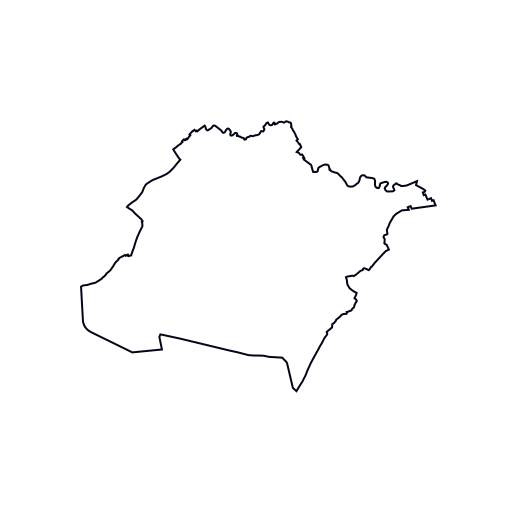 In Buri, Sing Buri, Thailand (Mercator projection), rotated 157°
{"feature_id": "78962969B87157930386242", "entity_name": "In Buri", "entity_type": "district", "adm_level": 2, "iso_a3": "THA", "parent_name": "Thailand", "parent_adm1": "Sing Buri", "projection": "mercator", "projection_center": [100.326, 15.029], "detail": "fine", "context": "isolated", "style": "outline", "palette": "ink", "viewbox_px": 512, "rotation_deg": 157, "n_neighbors": 0, "source": "geoboundaries", "source_scale": "gbopen_adm2", "svg_char_len": 6065}
<svg xmlns="http://www.w3.org/2000/svg" viewBox="0 0 512 512"><g transform="rotate(157 256 256)"><path d="M379.1,206.7L376.6,219.2L374.6,221.2L358.4,209.8L317.7,179.6L310.9,174.8L301.5,167.6L297.4,165.5L289.7,162.1L287.6,161.0L283.5,158.1L271.6,152.2L270.0,148.1L269.4,146.4L269.3,145.2L273.6,120.2L271.6,115.8L265.6,120.1L262.2,122.4L259.9,124.4L257.2,126.6L253.1,130.8L249.3,134.2L248.5,135.1L243.7,139.0L234.9,145.9L232.2,148.1L229.5,150.0L227.1,152.0L226.5,152.6L224.5,154.1L222.1,155.4L221.6,155.7L220.9,156.4L220.6,157.0L220.7,158.3L220.6,158.5L213.9,160.5L212.4,163.5L212.1,163.5L210.0,163.9L209.3,164.5L208.1,164.9L207.1,166.0L202.1,167.4L200.5,168.3L198.9,168.5L197.0,168.1L195.4,167.4L195.1,167.5L194.8,167.8L194.5,168.4L194.4,169.0L193.2,168.7L191.6,168.8L189.9,168.6L189.2,168.8L187.8,169.9L186.4,170.3L185.6,170.7L184.4,172.5L183.2,173.4L182.3,174.3L181.4,174.6L181.0,175.0L180.7,175.4L180.7,175.8L181.0,176.7L181.2,177.7L181.8,178.4L181.7,178.9L179.9,180.3L179.0,181.2L177.8,182.7L179.5,184.8L180.9,186.9L182.3,189.5L182.6,190.6L182.9,193.2L182.9,194.7L181.8,198.3L181.4,201.4L179.4,201.3L176.8,200.6L175.2,200.3L174.6,200.0L174.0,199.3L171.0,199.8L165.7,201.5L163.3,201.4L162.9,201.6L162.4,202.4L161.7,202.6L160.8,202.2L159.3,200.7L157.9,199.0L157.7,198.9L155.6,200.0L154.6,200.9L153.5,201.0L149.4,203.3L138.0,208.4L134.6,209.8L131.2,210.0L131.3,215.0L131.8,215.8L132.6,216.7L132.9,217.5L132.8,217.8L132.2,218.4L131.9,219.4L131.0,221.0L131.2,223.4L131.1,223.8L129.8,225.0L127.0,224.7L126.6,224.8L126.2,225.6L125.7,227.8L125.1,229.3L122.9,231.1L120.0,234.1L115.6,237.4L113.9,238.7L110.6,240.0L103.9,241.0L97.3,238.8L97.3,241.6L94.2,241.5L94.2,238.7L70.9,232.4L70.8,238.0L72.4,238.0L72.3,240.8L76.1,240.9L76.1,243.8L76.1,246.4L77.8,246.5L77.6,249.3L75.6,249.2L74.6,250.1L76.1,252.6L81.0,258.7L78.6,262.0L88.4,262.0L90.0,262.1L92.1,262.6L94.6,263.5L95.1,263.8L96.1,265.3L96.8,265.8L97.5,266.5L98.1,267.4L98.2,268.0L98.4,268.1L101.4,267.4L102.3,267.0L102.8,266.1L102.9,265.2L102.8,263.2L103.0,262.4L104.2,262.1L105.2,262.2L109.5,263.9L110.3,264.4L111.1,266.2L111.1,267.9L110.6,268.5L110.1,268.9L107.8,269.8L106.5,270.7L106.2,271.0L106.0,271.6L106.2,272.4L106.6,272.9L107.4,273.5L108.3,273.8L110.1,274.0L113.0,274.2L113.4,274.0L114.9,271.9L116.1,270.8L116.5,270.7L116.9,270.7L118.1,271.4L118.8,272.7L118.9,274.0L118.5,275.6L117.1,278.5L116.9,280.3L117.0,280.9L117.2,281.2L118.8,282.5L123.5,285.2L123.9,285.9L124.5,287.6L125.3,288.2L126.2,288.6L126.7,288.7L127.5,288.7L128.6,288.3L129.8,287.3L131.0,285.5L132.2,284.2L133.4,283.4L135.4,283.0L136.8,282.5L139.1,282.2L140.3,282.3L142.1,283.0L143.8,284.2L144.2,284.7L144.4,285.4L144.9,290.0L145.7,292.5L146.1,294.5L147.2,296.7L147.9,298.8L148.6,300.3L149.0,300.8L150.9,302.1L151.7,303.0L153.0,304.0L153.9,305.3L154.1,306.0L154.0,306.4L154.6,306.5L154.0,309.1L153.9,310.7L154.0,311.4L154.5,312.0L156.7,313.2L157.9,313.4L158.9,313.4L162.5,313.1L163.7,312.9L164.4,312.4L166.0,310.1L166.8,309.7L167.5,309.8L170.5,311.0L170.3,313.8L169.7,317.4L169.7,318.3L174.2,326.0L173.6,326.5L174.2,327.3L174.3,327.8L173.4,327.7L173.6,328.6L173.4,329.0L173.9,331.4L174.3,331.6L175.1,331.6L175.7,332.1L175.8,332.3L176.0,333.5L176.4,334.3L177.9,335.8L176.5,336.5L174.3,337.3L172.9,338.1L172.4,338.3L172.0,338.3L171.8,339.8L171.9,341.9L172.4,341.9L173.1,345.0L173.6,346.4L171.9,347.1L172.4,350.8L172.2,352.0L172.4,354.0L172.4,355.7L172.9,357.1L172.8,358.9L173.3,360.9L173.2,361.5L172.6,361.8L172.5,362.0L172.3,363.4L171.9,364.4L172.3,365.5L173.5,366.2L174.3,367.3L175.6,368.2L176.5,368.1L178.1,367.8L179.9,369.5L182.1,370.3L183.2,370.2L185.2,369.6L187.2,369.7L187.3,370.0L186.9,371.5L187.1,371.7L187.4,371.8L188.0,371.7L189.2,370.8L189.9,370.4L190.6,370.4L191.4,370.6L192.1,371.1L192.5,371.7L192.7,372.4L192.8,374.2L193.0,374.3L194.1,374.3L194.7,374.1L196.7,372.7L197.3,372.5L198.1,372.4L198.5,372.2L198.8,371.6L198.7,369.5L200.3,368.0L200.7,367.9L201.1,368.0L202.0,368.8L202.5,368.9L203.0,368.7L204.9,367.2L205.5,366.9L206.0,366.8L207.6,366.8L209.2,367.3L212.4,367.6L213.6,368.6L214.3,368.9L215.9,368.4L216.8,368.7L217.4,368.5L218.5,368.6L219.6,367.4L219.9,367.3L220.4,367.4L221.0,367.6L221.3,368.0L221.2,369.2L221.4,369.6L223.1,370.6L223.6,371.7L223.9,372.0L224.7,372.4L225.2,373.3L226.6,373.9L226.6,374.4L225.5,375.5L225.5,376.1L225.8,376.7L226.6,377.2L227.2,377.3L227.8,377.2L229.2,376.6L230.8,376.3L231.5,376.4L232.1,376.8L232.3,377.4L232.1,378.3L231.0,379.6L230.7,380.0L230.6,380.5L230.9,382.5L231.3,383.6L231.7,384.1L232.5,384.4L233.2,384.2L233.7,384.0L235.9,382.5L236.8,382.0L237.7,382.1L238.2,382.3L238.5,382.9L238.9,384.8L239.3,385.8L242.4,391.3L243.1,392.2L243.8,392.6L244.7,392.6L247.1,391.2L251.2,390.5L251.5,390.6L252.0,391.0L252.3,391.8L252.4,392.8L252.1,395.2L252.3,396.1L258.6,394.6L261.3,393.7L261.8,394.6L262.6,394.3L263.4,396.2L265.3,395.6L265.6,395.8L269.7,393.9L269.3,392.8L271.3,391.8L273.4,390.4L273.9,391.1L275.3,390.3L275.6,391.0L276.5,390.6L277.1,391.5L279.3,390.5L279.1,389.7L281.3,388.9L281.8,388.5L282.8,388.5L283.8,388.2L285.2,388.0L286.2,387.5L290.5,386.5L290.2,384.2L288.9,376.9L288.5,375.5L288.0,374.2L292.4,372.1L297.0,369.6L300.0,368.3L303.1,367.1L306.5,366.4L311.7,366.1L321.2,366.3L322.4,366.2L327.6,365.3L328.9,365.0L330.1,364.4L332.8,362.3L335.0,360.0L336.0,359.1L338.8,357.5L343.7,354.9L345.0,354.5L348.9,353.8L353.7,352.5L355.6,351.6L354.2,349.2L352.0,346.2L350.9,342.8L347.5,335.3L347.0,333.7L346.8,332.4L347.7,332.1L347.6,331.5L348.9,327.8L353.5,323.9L358.1,319.6L361.3,316.1L365.3,311.2L368.4,308.0L370.7,305.3L372.1,305.6L373.6,305.7L373.7,305.8L373.3,306.7L373.3,307.4L373.5,307.5L375.8,307.1L376.1,308.1L382.0,307.6L383.3,307.3L383.7,307.1L383.9,306.5L387.8,305.0L390.5,303.2L391.4,302.4L392.7,301.6L395.5,299.9L396.6,299.4L400.4,298.3L401.7,297.4L404.0,296.4L405.2,296.2L407.3,295.3L409.1,295.0L409.7,294.8L411.0,294.7L414.2,294.1L416.0,294.5L416.9,294.5L417.5,294.8L422.8,295.3L426.5,296.4L429.0,296.2L440.4,264.6L440.9,263.0L441.2,261.0L441.2,258.1L440.6,255.7L439.5,253.1L438.4,251.4L437.3,250.0L407.5,215.6L379.1,206.7Z" fill="none" stroke="#020617" stroke-width="2"/></g></svg>